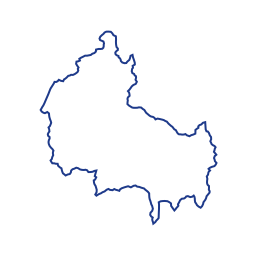 Campinas, São Paulo, Brazil (orthographic projection), rotated 259°
{"feature_id": "56859067B21122711831395", "entity_name": "Campinas", "entity_type": "district", "adm_level": 2, "iso_a3": "BRA", "parent_name": "Brazil", "parent_adm1": "São Paulo", "projection": "orthographic", "projection_center": [-47.047, -22.895], "detail": "fine", "context": "isolated", "style": "outline", "palette": "blue", "viewbox_px": 256, "rotation_deg": 259, "n_neighbors": 0, "source": "geoboundaries", "source_scale": "gbopen_adm2", "svg_char_len": 4499}
<svg xmlns="http://www.w3.org/2000/svg" viewBox="0 0 256 256"><g transform="rotate(259 128 128)"><path d="M207.2,99.7L206.6,97.7L205.9,95.1L205.2,93.4L203.4,93.7L203.0,92.1L203.0,90.1L200.9,89.3L198.5,90.2L196.8,91.0L195.6,90.0L194.1,90.2L192.7,89.3L191.9,87.9L191.1,86.0L190.6,84.0L191.1,82.3L190.6,80.9L190.6,79.3L189.3,77.5L188.4,75.9L187.9,74.5L186.3,73.3L187.1,71.2L188.5,69.3L187.3,67.8L186.9,66.2L187.3,64.7L185.7,63.5L181.5,59.5L180.0,58.5L176.5,56.3L170.8,52.4L168.3,50.7L166.3,49.2L164.9,47.8L163.8,46.9L162.4,45.7L160.6,46.4L159.1,47.9L158.4,49.3L159.1,51.8L157.4,53.2L155.5,53.0L153.8,52.9L151.6,53.1L149.4,53.5L147.8,53.6L146.3,52.7L144.7,51.6L143.7,50.1L141.9,50.4L139.6,50.2L138.6,49.1L137.2,48.1L135.6,48.1L134.1,49.3L132.5,49.0L131.2,48.0L129.4,47.3L127.6,47.2L125.5,47.6L123.6,48.5L121.7,49.8L120.0,50.5L118.6,49.7L117.2,49.4L115.6,49.4L113.9,48.1L112.1,47.3L110.9,45.8L109.6,46.2L107.8,47.0L107.4,48.9L106.7,50.2L106.3,52.1L104.3,52.2L102.5,53.5L101.1,55.0L99.1,55.0L97.4,55.2L95.9,55.5L94.8,56.5L93.3,57.7L93.9,60.0L93.9,62.0L95.2,63.4L97.1,64.1L98.1,65.7L98.3,67.5L98.9,69.6L98.1,71.3L96.5,73.0L95.7,74.8L95.2,76.7L95.1,78.4L94.3,79.8L92.3,80.7L91.9,83.0L91.8,85.0L92.3,86.8L92.3,88.8L87.1,86.2L85.7,87.4L83.7,85.9L83.1,84.4L80.8,84.2L79.1,84.4L77.4,85.1L75.6,85.3L73.3,85.5L71.0,84.9L68.9,83.2L67.6,84.1L68.6,86.6L69.1,89.1L69.8,90.7L70.2,92.9L71.5,95.3L71.9,97.2L70.7,98.5L69.9,101.0L70.7,102.9L69.7,104.2L69.0,105.7L68.0,107.5L69.2,108.4L70.0,110.2L70.4,112.7L70.6,114.6L70.8,117.0L69.2,119.5L70.2,122.5L70.1,124.5L68.7,125.8L68.0,127.9L66.8,129.8L65.6,132.2L64.0,133.3L62.9,134.3L61.4,135.5L59.8,136.3L57.4,135.9L55.6,135.7L53.9,135.7L52.4,136.0L50.3,136.2L48.5,136.3L47.1,136.8L45.5,136.9L44.0,137.0L42.1,136.0L40.5,133.9L38.5,133.2L36.7,133.9L35.4,135.2L34.0,134.4L32.4,134.3L30.8,134.6L29.3,134.6L30.4,136.8L31.8,138.2L32.7,139.6L33.8,140.9L39.9,142.3L42.7,143.0L47.1,143.9L49.2,144.0L49.8,145.9L49.7,147.7L49.4,150.0L48.6,152.8L47.3,154.4L45.8,155.8L43.3,155.5L40.6,156.7L38.2,157.8L39.3,159.3L40.3,160.3L41.2,161.6L42.1,162.6L43.6,162.5L45.3,164.0L47.2,165.4L48.3,167.3L48.1,169.5L48.7,171.0L49.7,172.1L49.7,173.8L48.3,175.9L48.3,178.0L49.1,179.6L47.8,180.1L46.0,180.1L44.0,179.8L42.2,179.8L41.0,180.4L39.1,181.0L37.4,182.3L35.9,184.1L37.1,185.8L39.0,187.2L40.7,187.9L41.8,189.1L42.9,190.3L44.3,191.3L46.0,192.1L47.4,193.8L49.0,195.7L50.4,196.1L52.0,195.6L53.9,196.1L55.6,196.4L56.9,195.4L58.1,195.1L59.6,195.2L61.2,195.6L63.0,196.2L65.4,196.1L67.0,197.7L68.7,198.3L69.8,199.0L70.6,200.4L72.5,199.3L73.2,200.5L73.8,202.6L74.1,205.6L75.3,207.1L76.8,208.2L78.9,207.0L80.5,207.0L82.1,206.7L83.9,207.8L84.9,209.6L86.3,208.9L88.2,207.8L89.7,208.7L91.0,209.2L92.4,210.3L93.8,209.5L95.0,208.0L96.2,207.0L97.8,206.7L99.3,206.3L101.1,207.5L103.3,207.8L105.2,206.9L107.7,206.5L109.3,205.7L109.8,204.4L111.8,204.0L119.0,204.9L118.8,202.5L117.5,200.7L117.2,198.7L116.2,197.3L114.7,197.1L114.1,195.5L113.2,193.8L111.1,193.4L109.6,193.0L109.1,190.8L108.9,188.7L108.2,186.8L109.6,184.4L111.1,183.2L110.9,181.7L111.2,179.8L111.8,178.2L112.1,176.8L113.2,175.8L115.0,175.1L116.7,174.6L117.9,173.2L119.5,172.4L120.7,171.8L121.7,170.8L123.1,169.7L124.7,168.5L126.8,167.4L127.8,165.9L128.9,164.7L129.6,163.4L130.6,161.2L131.6,158.8L131.2,156.6L132.9,155.9L134.1,154.7L134.9,152.8L136.0,151.5L137.4,150.4L139.5,148.7L141.0,148.1L142.6,147.5L143.8,146.2L145.6,144.8L146.2,142.6L146.1,141.0L146.5,138.7L146.8,137.3L147.3,136.0L148.4,134.8L149.9,133.2L151.6,132.0L153.5,132.5L155.2,133.1L156.6,133.0L158.0,133.7L159.3,135.7L161.0,135.9L162.7,135.8L164.2,135.0L165.4,136.8L166.6,138.1L168.1,139.6L169.2,141.5L169.8,144.0L171.7,145.5L173.9,144.6L175.8,145.5L177.3,145.7L178.4,144.6L179.9,144.3L181.0,142.8L183.0,142.5L185.2,143.3L186.2,144.4L188.1,144.4L189.0,146.8L190.8,147.1L193.7,146.8L196.4,146.4L198.9,146.4L198.4,144.3L196.4,143.4L194.6,142.3L193.3,140.0L192.1,138.7L192.3,136.9L193.4,134.9L195.1,133.8L196.6,133.8L197.9,133.4L199.1,132.3L200.5,132.4L201.7,130.6L203.1,129.8L204.6,130.0L205.7,131.3L206.5,132.9L207.9,133.2L209.7,132.2L211.4,132.2L212.9,132.3L214.9,132.6L217.4,133.2L220.3,133.6L221.9,131.4L223.9,130.7L225.7,129.5L226.4,127.0L226.7,125.0L226.2,123.2L225.0,121.8L224.2,120.2L222.9,118.2L221.2,117.1L219.6,117.4L218.7,118.8L217.6,120.4L215.6,120.6L214.3,120.0L213.0,119.8L211.5,119.1L210.7,117.9L210.8,116.1L211.2,114.3L211.1,111.6L209.1,111.0L208.0,109.3L207.7,107.1L206.8,105.4L206.8,103.6L206.8,101.7L207.2,99.7Z" fill="none" stroke="#1e3a8a" stroke-width="2"/></g></svg>